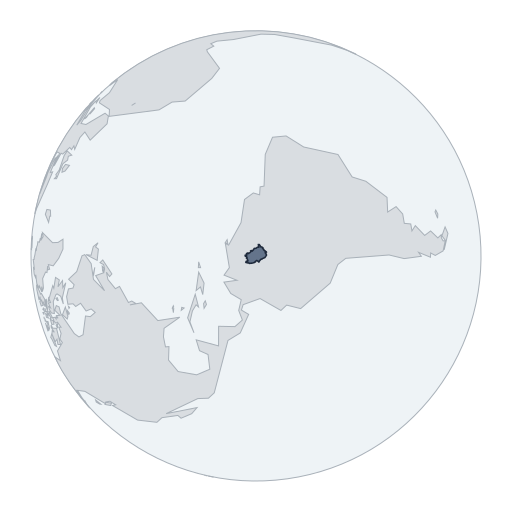 Amazonas highlighted on a globe, orthographic projection, rotated 262°
{"feature_id": "VEN-38", "entity_name": "Amazonas", "entity_type": "State", "adm_level": 1, "iso_a3": "VEN", "parent_name": "Venezuela", "parent_adm1": "", "projection": "orthographic", "projection_center": [-66.172, 3.421], "detail": "fine", "context": "on_globe", "style": "filled", "palette": "slate", "viewbox_px": 512, "rotation_deg": 262, "n_neighbors": 0, "source": "natural_earth", "source_scale": "10m", "svg_char_len": 10886}
<svg xmlns="http://www.w3.org/2000/svg" viewBox="0 0 512 512"><g transform="rotate(262 256 256)"><circle cx="256" cy="256" r="225" fill="#eef3f6" stroke="#a8b0b8"/><path d="M130.8,68.7L135.2,66.0L139.7,63.3L139.5,63.2L154.7,54.8L156.7,53.8L160.3,52.1L160.1,52.2L165.2,49.8L170.3,47.6L176.1,45.4L184.0,42.9L179.6,47.8L189.6,46.2L197.2,52.2L201.1,50.2L206.5,52.2L213.0,50.8L212.6,53.0L218.1,50.2L217.3,48.5L219.5,46.9L223.2,46.1L223.3,48.5L221.5,49.3L223.4,49.7L221.9,51.3L224.8,50.1L224.5,53.6L230.3,49.2L234.7,51.3L233.0,53.9L225.9,54.7L204.4,65.3L200.5,69.4L202.1,73.8L220.3,78.8L219.0,83.5L222.5,88.9L226.5,85.4L225.2,80.1L233.6,75.7L231.1,70.4L234.1,68.2L234.4,63.0L242.1,62.8L249.5,65.7L249.7,70.3L252.9,71.9L259.1,67.2L265.5,76.3L280.4,83.7L281.2,86.6L271.4,91.7L255.4,91.8L242.7,101.2L258.9,94.5L260.6,102.9L264.2,104.3L268.7,103.9L271.1,100.6L273.4,103.7L258.3,110.8L256.0,108.1L260.8,105.6L253.3,106.1L243.2,112.2L244.9,116.6L227.7,123.2L228.7,126.7L225.6,130.5L225.1,124.3L225.6,136.0L205.7,149.8L206.0,172.0L197.2,154.9L188.8,153.1L178.6,153.7L178.4,157.2L165.1,154.9L152.4,162.8L146.6,180.7L150.3,194.5L165.1,194.8L170.1,186.9L181.3,185.1L172.2,206.4L191.6,209.2L189.0,225.3L194.5,233.6L204.5,231.3L214.8,235.3L222.4,225.8L234.6,220.6L234.6,233.8L241.5,221.7L248.2,228.0L272.6,227.4L270.6,230.4L291.1,245.8L313.6,252.5L318.8,262.1L316.1,268.1L323.9,269.7L324.1,273.7L355.3,279.3L371.3,288.9L370.7,302.5L357.3,318.4L345.1,351.3L320.9,362.2L314.7,375.2L295.8,393.9L281.2,392.5L285.4,401.6L277.2,407.1L267.7,407.4L266.2,413.7L259.1,413.9L263.9,418.0L252.9,425.9L256.5,432.4L248.6,438.6L251.3,442.3L248.1,442.1L244.9,443.4L244.8,445.5L235.0,442.0L231.6,433.6L234.7,429.4L230.5,428.6L237.0,417.5L232.7,419.7L232.8,402.4L238.5,387.9L241.2,344.6L236.2,335.9L218.8,325.7L197.7,292.9L203.1,279.5L198.6,273.1L213.3,254.1L209.6,236.5L204.5,234.0L199.2,240.6L182.0,229.7L176.3,216.5L126.3,195.6L121.8,189.1L122.9,178.5L112.4,145.1L114.1,176.5L108.8,170.4L105.8,159.2L109.0,156.4L109.0,140.4L105.1,134.7L110.0,115.9L127.9,93.1L128.2,96.3L132.5,91.1L132.4,87.0L131.2,85.7L145.8,67.7L147.8,60.6L140.8,63.5L148.3,59.4L130.1,69.3L128.5,70.3L130.8,68.7ZM42.9,183.2L44.7,178.2L43.7,181.2L42.9,183.2ZM45.7,175.3L45.1,176.9L45.6,175.6L45.7,175.3ZM46.0,174.4L45.8,175.0L45.9,174.8L46.0,174.4ZM204.3,179.7L226.6,190.5L213.5,192.0L216.0,189.9L210.5,185.4L200.0,181.4L188.6,183.9L204.3,179.7ZM215.3,167.2L211.4,166.3L215.3,166.2L215.3,167.2ZM130.0,85.8L131.9,87.3L130.4,92.4L128.2,91.2L130.0,85.8ZM133.6,77.5L135.8,77.1L130.8,81.8L131.1,80.6L133.6,77.5ZM134.9,66.6L135.6,66.7L133.3,67.6L134.9,66.6ZM230.1,63.5L232.2,63.3L231.0,64.3L230.1,63.5ZM228.2,61.7L225.4,63.2L224.1,62.5L225.9,61.6L228.2,61.7ZM232.0,60.1L222.2,61.3L219.9,60.3L224.8,56.2L232.0,60.1ZM215.4,48.4L216.5,50.1L212.1,49.4L215.4,48.4ZM212.1,48.4L195.6,50.1L195.9,47.6L201.3,47.3L198.9,45.2L207.2,43.1L210.4,43.8L208.5,45.7L213.1,43.6L212.1,48.4ZM220.0,46.2L216.6,46.5L216.6,44.3L223.4,43.3L221.2,44.3L220.0,46.2ZM194.2,45.9L195.4,44.4L202.5,42.2L203.9,41.4L207.4,42.9L194.2,45.9ZM223.1,44.4L226.8,42.9L230.2,43.4L223.3,45.8L223.1,44.4ZM213.8,44.3L214.1,43.3L216.1,43.5L213.8,44.3ZM244.4,45.1L240.3,45.0L240.0,43.8L244.4,45.1ZM227.9,42.4L226.7,42.2L226.1,41.9L229.2,41.1L227.9,42.4ZM212.1,41.5L214.8,41.0L211.0,40.7L216.1,39.4L217.5,40.8L219.1,39.7L220.6,39.3L220.0,40.9L212.1,41.5ZM230.5,39.3L234.1,41.3L241.7,41.3L242.2,42.3L229.9,42.1L230.5,39.3ZM224.4,40.0L228.3,39.7L227.0,40.9L223.5,41.8L224.4,40.0ZM219.1,38.2L210.9,39.8L210.8,39.5L219.1,38.2ZM233.0,39.0L232.1,38.6L233.7,38.9L233.0,39.0ZM223.6,38.1L220.7,38.6L220.8,38.2L223.6,38.1ZM232.7,37.5L233.8,38.1L231.5,38.6L232.7,37.5ZM228.7,37.6L229.5,37.0L230.0,38.5L227.4,37.8L228.7,37.6ZM224.2,37.6L223.2,37.6L225.4,37.5L224.2,37.6ZM240.9,35.6L242.0,37.3L236.8,38.4L236.4,36.4L240.9,35.6ZM251.6,449.2L235.9,443.2L244.6,446.0L250.1,442.9L258.5,447.3L251.6,449.2ZM268.1,441.1L274.8,439.4L276.5,440.4L272.3,441.9L268.1,441.1ZM431.6,114.8L429.8,112.6L429.2,112.0L431.6,114.8ZM426.2,108.4L427.9,110.9L434.4,118.6L437.3,122.8L427.4,111.5L423.7,107.1L410.5,96.7L414.7,101.4L427.4,111.9L426.2,111.4L431.9,119.0L426.6,112.8L411.6,101.2L409.9,105.9L418.4,126.4L415.2,129.3L407.6,126.9L393.8,107.9L402.6,103.8L397.8,98.1L386.8,91.3L390.4,91.0L387.0,88.1L389.4,86.7L383.8,78.8L384.9,77.3L374.0,69.1L373.1,67.5L379.8,72.6L385.1,75.8L386.7,73.7L384.5,71.7L377.2,66.8L378.6,67.3L371.4,62.9L368.1,60.6L366.1,60.1L357.5,55.5L350.8,51.9L347.6,50.5L358.6,56.7L363.3,59.4L367.9,61.7L380.4,70.4L381.7,72.4L367.3,63.9L367.6,66.3L356.2,59.5L333.5,45.3L328.4,42.8L332.1,44.0L347.4,50.1L362.2,57.3L376.4,65.6L390.0,74.9L402.9,85.2L415.0,96.4L426.2,108.4ZM442.4,382.6L441.6,383.3L446.8,375.2L454.3,360.2L466.9,323.2L472.8,305.2L475.0,291.9L473.5,263.8L474.2,247.2L472.5,240.8L469.7,243.4L467.1,235.9L464.9,236.3L446.9,246.0L438.0,236.9L419.3,207.4L420.1,194.3L414.2,180.3L414.7,130.0L421.5,131.3L429.5,122.2L431.7,123.3L438.1,133.6L449.9,143.6L445.1,134.5L447.5,137.3L455.5,151.4L462.5,166.0L468.5,181.1L473.3,196.6L477.0,212.3L479.6,228.3L481.0,244.5L481.2,260.7L480.3,276.9L478.2,293.0L475.0,308.8L470.6,324.4L465.2,339.7L458.6,354.5L451.0,368.8L442.4,382.6ZM422.4,153.8L424.3,158.0L422.4,153.8ZM273.3,227.2L276.2,229.7L272.3,229.8L273.3,227.2ZM211.4,197.3L216.2,197.5L218.7,199.5L214.9,200.2L211.4,197.3ZM252.5,197.3L258.2,198.4L252.2,199.5L252.5,197.3ZM230.1,191.9L248.0,197.0L236.4,200.8L225.2,197.9L233.1,196.7L230.1,191.9ZM212.6,174.4L215.5,175.3L214.5,177.6L212.6,174.4ZM218.2,167.2L217.0,167.4L215.6,165.5L218.2,167.2ZM261.5,102.4L262.8,102.0L267.3,102.3L265.0,103.7L261.5,102.4ZM288.0,96.2L291.1,101.4L287.3,98.4L284.8,100.9L273.8,98.1L281.0,87.9L279.7,92.8L288.0,96.2ZM261.1,92.5L267.2,94.8L260.2,92.7L261.1,92.5ZM365.9,75.5L369.7,76.6L373.2,80.1L371.7,83.9L366.7,78.7L365.9,75.5ZM374.3,77.7L360.3,69.2L360.6,67.1L362.8,69.6L364.4,69.1L368.4,73.0L382.3,80.1L386.3,83.7L381.5,87.6L380.9,84.0L377.2,82.8L374.3,77.7ZM324.1,57.3L318.1,55.3L326.6,53.2L331.2,55.4L330.1,58.8L324.0,58.2L324.1,57.3ZM242.4,53.4L239.6,54.0L239.5,53.1L241.9,52.0L242.4,53.4ZM242.5,45.1L254.9,50.6L252.2,51.3L262.7,54.5L259.7,57.9L253.1,55.6L258.6,61.0L251.5,60.3L256.0,63.9L241.5,58.4L235.3,58.5L243.3,57.0L246.2,53.7L245.5,52.4L239.1,48.9L227.1,48.3L228.0,45.6L231.8,43.9L234.9,43.6L233.3,45.3L238.5,43.7L238.5,46.1L242.5,45.1ZM276.3,34.1L273.2,34.7L283.6,34.9L283.7,36.0L284.9,36.0L287.9,37.2L293.5,38.9L292.5,39.4L295.2,39.9L297.2,41.0L300.5,42.0L299.8,43.4L303.8,44.9L301.2,44.8L308.2,47.0L302.7,46.1L304.8,47.9L309.0,47.8L297.5,56.4L297.0,61.9L299.5,67.2L289.7,65.8L281.1,60.3L274.5,53.8L276.4,49.2L271.6,49.8L271.2,47.9L275.1,48.3L268.7,46.7L269.4,45.4L263.4,41.6L253.8,41.0L251.4,39.9L255.5,39.5L250.2,38.8L256.3,37.4L254.8,36.8L259.2,35.1L268.1,35.3L265.6,34.6L268.9,33.8L276.3,34.1ZM242.4,35.1L252.9,34.3L258.2,34.7L248.2,37.5L248.8,38.3L242.6,40.7L235.1,40.2L237.6,39.5L238.2,38.7L240.3,39.2L239.1,38.3L242.5,37.3L242.5,36.5L245.9,36.4L242.4,35.1ZM429.8,119.2L430.7,119.3L431.1,118.4L434.7,123.5L429.8,119.2ZM419.8,111.4L420.0,110.4L425.3,116.5L424.4,116.7L419.8,111.4ZM415.5,105.1L419.6,109.9L416.8,107.4L415.5,105.1ZM379.5,71.7L379.1,70.8L380.8,71.9L383.1,73.8L379.5,71.7ZM307.1,37.4L304.5,37.1L303.2,36.7L295.4,35.3L294.6,34.8L299.1,35.4L307.1,37.4ZM438.9,124.8L440.4,126.5L439.9,126.2L438.9,124.8ZM305.0,36.6L301.8,36.0L303.4,36.1L305.0,36.6ZM293.7,34.4L294.8,34.4L293.6,34.6L293.7,34.4Z" fill="#d9dde1" stroke="#a8b0b8" stroke-width="1"/><path d="M262.0,252.9L261.9,252.8L261.8,252.7L261.6,252.6L261.4,252.6L261.3,252.8L261.4,253.0L261.6,253.1L261.7,253.4L261.9,253.7L262.0,253.8L262.2,254.0L262.3,254.1L262.4,254.3L262.8,254.6L263.0,254.7L263.2,254.8L263.5,255.1L263.7,255.3L263.8,255.4L263.7,255.6L263.6,255.8L263.6,256.0L263.7,256.5L263.6,257.0L263.7,257.3L263.8,257.4L264.0,257.7L264.1,257.9L264.4,258.4L264.5,258.7L264.5,258.8L264.5,259.1L264.3,259.5L264.4,259.8L264.5,259.7L264.7,259.8L265.2,259.9L265.4,259.9L265.7,259.9L266.2,259.9L266.5,259.9L266.9,259.9L267.0,259.9L267.0,260.0L267.0,260.5L266.9,260.8L266.8,261.0L266.7,261.0L266.3,261.1L266.0,261.2L265.5,261.6L265.4,261.7L264.8,261.7L264.7,261.7L264.4,261.9L264.3,262.0L264.3,262.3L264.2,262.6L264.2,262.8L264.2,263.0L263.8,263.3L263.6,263.6L263.4,263.8L263.2,264.0L263.0,263.9L263.1,263.6L262.9,263.5L262.7,263.7L262.5,263.8L262.4,263.9L262.3,264.0L262.2,264.1L261.7,264.5L261.3,264.5L261.2,264.4L261.0,264.7L260.8,264.7L260.7,264.7L260.6,264.8L260.5,265.0L260.4,265.0L260.2,265.0L259.9,265.5L259.8,265.8L259.7,265.9L259.4,265.8L259.1,266.2L259.0,266.3L259.0,266.5L258.9,266.6L258.7,266.8L258.4,266.9L258.3,266.7L258.4,266.4L258.5,266.2L258.5,265.9L258.4,265.7L258.2,265.6L257.9,265.6L257.7,265.6L257.2,265.9L257.0,266.0L256.9,266.2L256.8,266.3L256.7,266.3L256.4,266.4L256.2,266.5L255.9,266.5L255.9,266.4L255.6,266.5L255.3,266.5L255.1,266.3L253.2,264.6L253.1,264.4L253.2,264.2L253.0,263.8L253.0,263.6L252.8,263.2L252.8,262.9L252.5,262.0L252.4,261.9L252.3,261.7L252.2,261.6L252.3,261.5L252.3,261.4L252.3,261.2L252.1,261.0L252.0,260.8L252.0,260.7L251.9,260.5L252.0,260.3L252.0,260.1L251.8,259.9L251.7,259.9L251.5,259.7L251.4,259.6L251.2,259.5L251.2,259.4L251.0,259.2L250.9,259.1L250.8,258.9L250.7,258.9L250.4,258.6L250.4,258.4L250.1,258.4L249.9,258.3L249.7,258.3L249.4,258.4L249.4,258.5L249.4,258.2L249.5,258.1L251.0,256.7L251.4,256.3L251.5,256.1L251.4,255.8L251.2,255.7L250.9,255.0L250.8,254.8L250.6,254.8L250.4,254.8L250.3,254.7L250.2,254.6L250.2,254.4L250.0,254.0L250.0,253.9L250.0,253.7L249.9,253.6L250.0,253.5L249.9,253.4L249.7,253.1L249.6,252.7L249.7,252.4L249.6,252.2L249.5,251.8L249.4,251.7L249.4,251.8L249.4,251.7L249.4,251.3L249.4,251.2L249.5,250.9L249.5,250.6L249.6,250.4L249.5,250.2L249.6,249.9L249.6,249.6L249.5,249.4L249.5,249.2L249.6,248.9L249.5,248.6L249.6,248.3L249.7,248.2L249.8,248.2L250.0,248.1L250.2,247.9L250.3,247.7L250.2,247.2L250.3,246.9L250.3,246.7L250.6,246.3L250.9,246.1L251.1,246.0L251.1,245.9L251.1,245.7L250.8,245.4L250.9,245.2L251.0,245.1L251.2,245.3L251.3,245.4L251.5,245.3L251.8,245.4L252.0,245.4L252.1,245.6L252.2,245.8L252.2,246.0L252.0,246.7L252.0,246.9L252.0,247.0L252.3,247.0L252.5,247.0L252.6,247.3L252.8,247.4L253.2,247.2L253.5,247.1L254.0,247.0L254.3,246.9L254.5,246.9L254.8,246.6L255.3,246.2L255.5,246.3L255.6,246.7L255.7,246.9L255.8,246.9L256.0,246.8L256.1,246.7L256.5,246.7L256.8,246.6L256.8,246.4L257.2,245.7L257.3,245.6L257.3,245.4L257.5,245.3L257.9,245.3L258.1,245.3L258.3,245.4L258.3,245.5L258.2,245.9L258.2,246.1L258.1,246.4L258.1,246.7L258.2,247.0L258.3,247.1L258.5,247.0L258.6,246.9L258.8,246.8L258.9,246.7L259.5,246.8L259.7,247.0L259.6,247.3L260.0,247.7L260.1,247.8L260.0,248.0L259.9,248.0L260.1,248.3L260.1,248.6L259.9,248.7L259.6,248.7L259.5,248.8L259.6,249.0L259.9,249.8L260.0,250.1L260.1,250.3L260.3,250.6L260.8,251.3L261.3,251.4L261.6,251.4L261.8,251.4L261.8,251.5L262.0,251.8L262.0,252.3L262.0,252.6L262.0,252.8L262.0,252.9Z" fill="#64748b" stroke="#1e293b" stroke-width="1.5"/></g></svg>